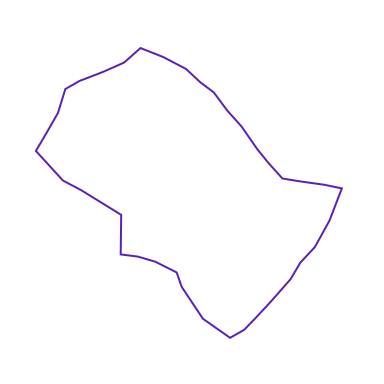 Makrasyka, Cyprus, rotated 262°
{"feature_id": "46923920B17010547008979", "entity_name": "Makrasyka", "entity_type": "district", "adm_level": 2, "iso_a3": "CYP", "parent_name": "Cyprus", "parent_adm1": "", "projection": "mercator", "projection_center": [33.756, 35.072], "detail": "fine", "context": "isolated", "style": "outline", "palette": "violet", "viewbox_px": 384, "rotation_deg": 262, "n_neighbors": 0, "source": "geoboundaries", "source_scale": "gbopen_adm2", "svg_char_len": 630}
<svg xmlns="http://www.w3.org/2000/svg" viewBox="0 0 384 384"><g transform="rotate(262 192 192)"><path d="M254.4,43.1L221.3,65.8L209.3,82.4L179.2,118.7L140.1,112.7L135.6,129.3L128.1,145.9L114.5,165.6L99.5,168.6L64.9,185.2L42.3,209.4L48.3,224.5L58.9,238.1L72.4,254.7L76.1,259.0L91.9,277.4L107.0,289.5L120.5,306.1L144.6,324.2L174.7,340.9L180.7,324.2L186.7,303.1L188.7,296.5L192.8,283.4L210.8,271.3L225.9,262.3L249.9,250.2L268.0,238.1L287.5,227.5L299.6,215.4L314.6,203.3L329.7,182.2L341.7,161.0L329.7,142.9L323.6,121.7L317.6,96.0L311.6,80.9L289.0,70.3L269.5,55.2L254.4,43.1Z" fill="none" stroke="#5b21b6" stroke-width="2"/></g></svg>